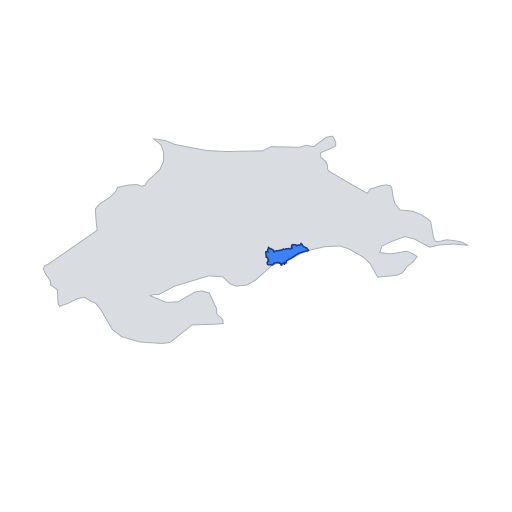 Quepos, Puntarenas, Costa Rica (highlighted), rotated 300°
{"feature_id": "36466004B16992586441876", "entity_name": "Quepos", "entity_type": "district", "adm_level": 2, "iso_a3": "CRI", "parent_name": "Costa Rica", "parent_adm1": "Puntarenas", "projection": "equal_earth", "projection_center": [-84.055, 9.413], "detail": "fine", "context": "in_parent", "style": "filled", "palette": "blue", "viewbox_px": 512, "rotation_deg": 300, "n_neighbors": 0, "source": "geoboundaries", "source_scale": "gbopen_adm2", "svg_char_len": 6567}
<svg xmlns="http://www.w3.org/2000/svg" viewBox="0 0 512 512"><g transform="rotate(300 256 256)"><path d="M397.8,261.9L397.4,264.0L395.9,266.2L393.8,268.5L391.0,270.0L384.3,265.4L377.7,260.2L374.0,262.6L372.7,269.3L370.2,272.8L367.2,274.2L365.9,276.5L365.7,299.4L365.9,321.0L370.9,321.4L379.3,329.0L382.8,333.4L384.0,337.4L383.0,339.4L376.8,344.2L370.9,350.1L367.9,357.6L373.2,369.6L374.3,377.7L374.1,386.3L372.7,390.4L361.1,400.2L358.6,403.6L358.9,406.1L365.3,412.9L368.3,419.5L370.9,427.4L371.2,434.2L365.4,421.5L357.4,409.4L350.4,401.9L349.9,384.4L347.1,375.0L336.6,366.3L327.6,360.1L320.9,361.4L325.0,371.4L335.6,384.3L336.3,389.2L336.1,395.8L328.9,394.8L322.5,392.1L314.7,391.3L309.5,387.3L298.5,372.0L306.3,358.9L308.7,350.3L308.5,332.4L306.7,323.8L298.2,310.6L284.7,296.2L265.9,284.4L257.0,274.9L234.9,267.7L226.5,262.8L219.9,253.9L218.9,247.5L221.3,237.6L215.2,225.0L188.9,200.3L174.2,191.2L171.0,185.9L168.7,184.2L170.9,201.2L177.4,211.5L194.2,221.1L198.8,226.7L200.6,234.0L190.9,247.9L185.9,251.4L184.4,259.0L181.2,261.3L177.9,256.9L164.3,235.1L138.0,224.7L133.2,218.2L123.4,198.3L119.0,180.2L120.6,168.0L131.5,149.2L134.8,141.0L134.2,135.9L134.5,128.4L130.5,123.2L120.5,116.5L114.2,111.0L115.9,108.3L127.4,101.0L128.1,94.5L128.1,92.3L129.9,91.8L131.6,90.1L132.6,88.2L135.8,81.9L138.5,78.3L141.7,77.8L145.5,80.4L159.9,87.2L176.0,94.8L198.8,105.6L208.3,98.7L216.5,93.4L222.1,94.2L234.4,100.3L241.8,102.3L246.3,101.7L254.2,110.7L258.5,117.5L259.2,122.0L261.6,124.4L267.7,124.9L282.7,129.6L291.9,128.6L300.2,123.8L304.8,118.0L306.2,108.8L308.3,113.3L310.8,120.5L311.9,129.6L322.6,160.3L331.3,177.5L350.1,208.8L358.3,214.5L372.1,239.7L376.9,243.8L379.6,251.3L393.9,257.4L397.8,261.9Z" fill="#d9dde1" stroke="#a8b0b8" stroke-width="1"/><path d="M288.3,295.8L288.2,295.2L288.0,294.5L288.0,294.4L288.0,294.2L288.1,293.7L288.1,293.4L287.9,292.9L287.9,292.5L288.1,292.1L288.3,291.6L288.3,291.1L288.4,290.8L288.5,290.6L288.8,290.4L289.0,290.2L289.1,289.6L289.2,289.4L289.4,288.9L289.4,288.7L289.1,288.6L288.6,288.8L288.3,288.9L287.9,288.7L287.4,288.6L287.2,288.5L287.0,288.3L286.9,287.9L286.9,287.5L286.7,287.2L286.2,286.7L285.9,286.6L285.3,286.3L285.1,286.0L285.1,285.9L285.2,285.7L285.5,285.5L285.6,285.4L285.6,284.9L285.5,284.6L285.3,284.1L284.9,283.6L284.6,283.2L284.4,282.5L284.2,282.1L284.0,281.9L283.9,281.7L283.6,281.7L283.0,281.7L282.3,281.7L282.0,281.9L281.5,282.2L281.4,282.4L281.4,282.5L281.6,282.9L281.6,283.0L281.4,283.4L280.9,283.5L280.8,283.3L280.4,282.9L280.4,282.7L279.8,282.6L279.5,282.5L279.2,282.3L279.0,282.0L278.9,281.9L278.9,281.7L279.0,281.5L279.1,281.2L278.9,280.7L278.5,280.1L278.1,279.8L277.9,279.7L277.6,279.3L277.5,279.0L277.5,278.8L277.4,278.5L277.3,278.3L276.8,278.1L276.5,278.0L276.3,277.8L276.2,277.7L275.8,277.2L275.7,276.6L275.8,276.4L274.9,275.7L274.6,275.6L274.3,275.3L274.1,275.2L273.9,275.1L273.6,275.0L273.5,274.7L273.3,274.6L273.3,274.4L273.2,274.2L273.1,273.9L272.9,273.9L272.6,273.6L272.3,273.4L272.2,273.3L271.8,272.6L271.5,272.3L271.3,271.9L271.2,271.8L271.1,271.7L270.7,271.0L270.6,270.8L270.4,270.7L270.0,270.5L269.9,270.5L269.6,270.3L269.3,269.5L269.2,269.2L269.1,269.3L268.8,269.3L268.8,269.5L268.7,269.6L268.5,269.4L268.7,269.0L268.9,268.9L269.0,268.8L269.3,268.8L269.4,268.6L269.5,268.6L269.6,268.4L269.6,268.2L269.6,267.9L269.8,267.8L269.8,267.7L269.9,267.3L269.9,267.0L269.8,266.8L269.7,266.3L269.7,265.8L269.8,265.7L269.8,265.2L269.6,264.6L269.4,264.2L269.4,263.9L269.5,263.8L269.5,263.5L269.6,263.4L269.7,263.1L269.8,262.9L269.8,262.6L269.6,262.6L269.6,262.9L269.5,263.0L269.3,263.1L269.2,263.2L268.9,263.3L268.5,263.3L268.2,263.1L267.8,263.0L267.7,262.8L267.2,263.0L266.9,263.3L266.7,263.3L266.5,263.6L266.4,263.7L266.2,263.7L265.8,263.7L265.7,263.8L265.7,264.0L265.8,264.1L265.6,264.4L265.5,264.1L265.4,264.1L265.3,263.8L265.2,263.6L265.2,263.3L265.0,263.0L265.0,262.8L265.0,262.7L264.5,262.5L264.4,262.4L263.8,262.7L263.6,262.8L263.5,263.0L263.3,263.3L263.0,263.4L262.7,263.6L262.2,263.8L261.8,264.3L261.6,264.4L261.5,264.5L261.4,264.6L261.3,264.8L261.2,264.8L261.1,265.2L260.9,265.2L260.7,265.4L260.3,265.4L260.1,265.3L260.0,265.6L260.2,265.8L260.3,266.2L260.3,266.5L260.3,266.8L260.3,266.7L260.2,266.9L260.1,267.1L260.0,267.5L259.9,267.6L259.7,267.6L259.4,267.8L259.2,267.9L259.1,268.1L258.8,268.4L258.8,268.6L258.5,268.9L258.5,269.1L258.4,269.2L258.3,269.3L258.2,269.2L257.9,269.4L257.7,269.4L257.5,269.2L257.4,269.1L257.3,269.3L257.2,269.1L256.9,269.0L256.6,269.0L256.5,268.9L256.2,268.8L255.9,268.9L255.4,269.2L255.1,269.6L254.9,270.0L254.7,270.0L254.5,270.3L254.5,270.6L254.5,270.8L254.6,271.1L254.7,271.3L254.8,271.4L254.9,271.6L255.0,271.8L255.2,272.1L255.3,272.2L255.4,272.5L255.5,272.7L255.6,273.0L255.7,273.3L255.9,273.7L256.0,273.8L256.2,274.1L256.3,274.3L256.5,274.8L257.1,275.2L257.7,275.2L258.0,275.1L258.4,275.1L258.5,275.2L258.6,275.4L258.8,275.5L259.0,275.6L259.3,275.7L259.5,275.7L259.6,275.8L259.7,276.0L259.9,276.6L260.1,276.9L260.4,277.2L260.6,277.3L260.9,277.5L261.1,277.8L261.3,277.9L261.4,278.1L261.5,278.4L261.6,278.6L261.6,279.0L261.4,279.2L261.4,279.4L261.4,279.5L261.7,279.7L261.5,279.8L261.5,280.0L261.7,280.3L261.7,280.5L261.8,280.5L261.7,280.7L261.7,280.8L261.8,281.1L261.8,281.3L261.9,281.6L261.7,281.8L261.1,281.8L261.0,282.0L260.9,282.0L260.8,282.3L260.8,282.7L260.8,282.8L261.1,282.9L261.4,282.8L261.5,282.7L261.8,282.6L262.0,282.5L262.4,282.6L262.7,282.8L262.9,283.0L263.2,283.3L263.3,283.7L263.3,284.0L263.1,284.2L263.2,284.7L263.2,284.8L263.3,284.8L263.6,284.8L263.6,284.6L263.5,284.4L263.8,284.4L264.0,284.6L264.4,284.7L264.5,284.6L264.5,284.4L264.4,284.3L264.4,284.1L264.5,283.8L264.8,283.9L264.8,284.1L264.9,284.3L265.0,284.4L265.1,284.6L265.2,285.1L265.2,285.4L265.3,285.6L265.5,285.3L265.5,285.2L265.8,285.0L265.9,284.9L266.8,284.9L267.1,285.0L267.5,285.1L269.0,285.8L269.4,286.0L269.5,286.1L269.7,286.3L270.3,286.6L270.4,286.8L270.7,287.0L271.1,287.2L271.3,287.3L271.9,287.8L272.2,287.9L272.5,288.0L272.8,288.1L273.0,288.2L273.8,288.5L274.0,288.7L274.2,288.9L274.5,289.1L275.0,289.3L275.8,289.6L276.4,289.9L276.7,290.0L276.9,290.1L277.1,290.2L278.8,291.3L279.1,291.4L279.3,291.6L279.5,291.7L279.7,291.8L280.0,292.0L280.7,292.5L280.9,292.7L281.2,293.0L281.5,293.4L282.3,294.0L282.7,294.3L282.9,294.5L283.3,295.0L283.9,295.5L284.2,295.8L285.2,296.9L285.2,297.0L285.5,297.3L285.7,297.6L286.0,297.9L286.2,298.1L286.5,298.2L286.5,298.3L286.7,298.5L287.0,298.7L287.3,298.3L287.5,298.1L287.6,297.9L287.7,297.7L287.7,297.4L287.8,297.0L287.9,296.5L287.9,296.2L288.0,296.0L288.0,295.9L288.3,295.8L288.3,295.8Z" fill="#3b82f6" stroke="#1e3a8a" stroke-width="1.5"/></g></svg>